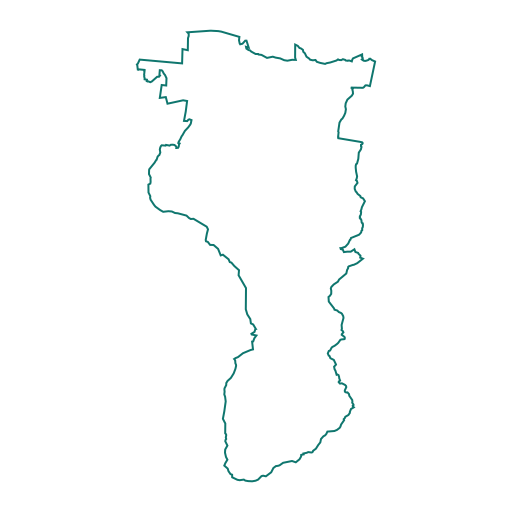 outline of Astileu, Bihor, Romania
{"feature_id": "2599482B38905853959599", "entity_name": "Astileu", "entity_type": "district", "adm_level": 2, "iso_a3": "ROU", "parent_name": "Romania", "parent_adm1": "Bihor", "projection": "equal_earth", "projection_center": [22.385, 46.984], "detail": "fine", "context": "isolated", "style": "outline", "palette": "teal", "viewbox_px": 512, "rotation_deg": 0, "n_neighbors": 0, "source": "geoboundaries", "source_scale": "gbopen_adm2", "svg_char_len": 5997}
<svg xmlns="http://www.w3.org/2000/svg" viewBox="0 0 512 512"><path d="M243.8,479.6L245.3,480.6L248.2,481.1L252.2,481.3L255.6,480.7L258.1,479.6L261.5,476.1L263.1,475.7L265.9,476.3L271.2,472.3L273.4,468.0L275.9,466.1L278.1,465.8L279.6,465.3L283.1,462.8L292.0,461.0L295.8,462.3L299.5,459.3L301.1,456.5L301.2,454.9L303.6,454.4L303.4,453.5L306.7,452.8L308.2,452.1L311.4,452.5L312.2,452.3L312.8,451.7L313.1,450.8L315.9,448.7L318.3,444.9L320.3,442.4L321.0,439.0L323.4,436.3L325.2,435.3L326.4,433.8L327.4,431.6L334.4,431.0L337.0,429.9L339.6,427.9L340.4,426.7L341.1,424.5L344.1,420.2L343.7,419.2L344.8,418.1L345.3,416.8L348.4,415.0L349.9,412.8L349.8,412.0L351.0,409.0L353.7,407.4L353.0,406.9L352.7,405.8L353.0,405.5L353.4,405.7L353.5,404.6L352.2,402.7L352.4,401.7L352.2,400.0L349.3,395.8L349.0,394.1L347.5,392.4L346.2,392.5L344.9,391.7L344.8,390.4L346.3,387.1L346.0,385.9L345.0,384.9L341.9,383.3L340.0,383.6L338.7,382.2L338.8,381.5L340.1,380.6L339.2,378.2L339.1,376.9L338.5,375.1L337.2,374.4L336.6,374.7L335.4,370.6L334.6,369.3L334.1,366.7L336.0,364.6L335.9,364.3L333.8,359.9L330.4,358.2L329.5,356.0L328.7,355.6L327.8,353.4L328.8,351.0L330.1,350.5L331.6,347.7L332.3,347.0L334.6,345.8L337.0,344.0L338.2,342.9L340.4,339.8L341.7,339.4L344.1,339.2L344.6,339.0L344.8,338.1L344.7,337.3L344.1,336.6L341.7,334.8L341.8,334.2L343.4,332.3L342.8,331.1L341.5,330.0L341.9,328.7L341.6,325.0L343.5,317.9L343.2,316.1L341.9,313.7L340.9,312.9L338.9,312.1L337.2,310.5L334.5,309.7L334.1,308.5L328.8,301.6L328.5,297.0L329.9,295.8L331.2,293.9L331.3,290.8L330.8,288.5L331.4,286.9L333.8,284.4L337.9,281.7L339.1,279.5L346.3,273.5L347.1,270.0L348.1,268.2L348.1,267.1L348.7,266.4L352.9,264.9L353.6,264.9L357.2,263.2L362.9,258.7L360.2,257.6L360.5,255.8L360.3,255.5L358.6,253.9L358.1,252.9L355.4,252.0L354.4,249.3L350.7,251.7L347.0,251.7L343.9,252.1L342.8,249.6L340.8,249.1L340.5,248.1L341.5,248.1L345.4,246.7L348.2,243.6L349.9,239.9L350.4,239.7L351.0,238.0L359.1,234.7L361.1,232.5L361.5,230.7L362.2,230.2L362.2,228.2L362.8,227.0L363.0,224.9L362.8,224.7L362.8,223.4L362.1,223.1L361.6,222.2L361.5,220.8L361.1,219.3L360.5,219.0L359.8,218.0L360.1,217.2L359.8,216.9L359.9,216.2L360.8,214.7L361.1,212.4L361.1,211.8L360.6,211.3L361.4,209.3L361.9,207.2L364.9,201.2L363.1,198.4L360.7,197.3L360.3,196.0L357.6,193.9L356.5,192.1L355.8,191.6L354.7,188.9L354.7,188.2L354.8,186.4L357.5,182.9L356.9,180.9L356.0,180.2L356.7,178.5L357.1,176.4L356.1,171.7L355.7,167.7L355.7,165.8L356.1,164.2L357.0,163.6L358.3,158.9L358.8,152.6L360.9,149.4L361.5,146.9L361.0,146.3L361.0,144.8L362.1,144.2L362.6,143.5L362.6,142.9L362.1,142.3L359.8,141.8L338.3,138.2L338.3,136.7L338.1,136.7L338.6,132.3L338.2,131.4L339.5,122.6L341.3,119.5L342.4,118.6L344.0,115.9L345.3,112.9L345.9,109.2L345.3,106.5L345.7,103.3L347.4,99.6L351.8,95.7L353.0,93.7L352.8,91.2L352.3,89.6L352.9,88.6L350.8,87.6L362.9,87.8L363.9,87.2L365.3,85.5L365.8,85.3L367.3,85.4L369.9,86.1L375.1,61.5L371.9,60.1L370.2,58.7L369.3,58.8L369.2,59.3L368.1,60.1L365.6,60.9L364.0,60.8L362.6,60.1L361.8,59.4L362.4,58.9L362.8,59.0L362.6,57.6L361.8,56.7L362.2,56.3L362.1,54.4L353.0,58.4L352.3,59.6L351.8,61.4L349.3,60.5L348.1,60.5L347.8,60.8L345.7,60.5L345.2,59.9L342.9,59.2L341.3,60.1L339.1,60.0L338.0,59.4L336.5,60.5L330.2,62.5L326.6,63.2L325.1,63.9L320.2,62.9L316.8,61.8L315.5,60.0L312.8,60.3L310.1,59.7L309.2,58.6L306.5,56.7L304.9,53.3L303.3,51.8L302.9,49.8L300.7,48.3L299.5,48.0L297.8,45.9L295.2,44.6L295.1,57.5L295.8,59.9L292.1,59.8L287.4,60.7L284.2,60.2L280.2,58.4L275.6,57.6L272.8,56.7L267.0,57.9L261.5,54.9L258.5,54.5L258.2,54.0L255.6,54.0L251.1,51.5L250.2,50.5L248.5,50.0L246.4,48.6L246.0,46.8L248.7,47.6L246.5,40.7L245.2,40.7L242.5,43.7L240.2,44.3L239.7,43.5L239.0,40.2L239.4,36.9L221.2,31.6L218.2,31.1L210.6,30.7L187.4,32.3L188.7,33.7L188.7,36.0L188.0,38.1L187.8,50.2L182.5,49.1L182.1,63.4L139.7,59.6L137.8,63.7L136.9,64.5L137.3,65.4L137.8,69.6L138.3,69.7L138.4,69.3L144.4,69.9L144.3,70.5L144.6,70.5L144.1,74.9L144.3,75.4L144.2,76.7L144.6,78.0L144.6,79.3L146.9,79.7L146.7,81.1L147.6,81.5L148.1,81.3L150.3,82.2L151.8,81.5L157.1,76.8L159.1,76.7L160.0,75.5L159.4,75.1L159.8,70.2L161.7,70.3L162.6,71.2L163.8,73.6L165.0,75.0L166.5,78.2L166.2,85.5L161.7,85.0L159.8,97.9L165.8,97.1L167.5,103.7L183.1,100.3L187.1,101.0L185.7,111.8L184.0,120.9L187.2,121.1L188.4,119.7L189.4,119.3L191.5,120.1L190.8,123.5L190.3,124.5L188.2,127.4L184.9,130.9L182.4,135.3L181.6,136.3L180.3,139.2L178.7,141.8L178.3,143.0L179.6,143.5L179.0,144.5L178.7,146.7L178.0,147.8L177.3,147.6L176.9,148.0L176.3,148.0L176.4,147.1L175.9,146.2L174.5,145.0L172.8,144.7L170.8,144.8L169.6,145.6L166.0,144.9L165.6,145.6L161.7,145.3L161.0,146.0L160.3,147.4L159.8,149.5L160.3,152.5L159.3,155.1L158.5,155.6L157.6,156.7L156.6,159.8L156.2,160.0L154.5,162.8L149.3,169.2L149.1,170.0L149.0,174.1L150.7,177.5L150.5,178.7L150.6,182.0L150.3,183.6L148.4,184.6L148.5,192.5L150.3,196.2L150.1,197.8L150.6,199.7L153.9,204.7L155.4,206.6L160.2,210.1L163.2,211.8L168.4,211.2L171.9,211.5L175.0,213.0L177.9,213.3L186.5,215.6L189.0,218.0L190.8,219.0L193.5,218.8L206.7,226.7L208.0,229.3L206.9,233.5L205.7,240.0L206.0,241.3L207.8,241.9L210.1,244.9L213.6,245.0L218.1,248.9L220.7,255.4L222.9,254.7L228.6,259.3L229.8,262.1L231.4,262.6L234.3,266.0L239.0,270.2L238.6,275.3L246.0,288.1L245.8,309.3L247.3,314.4L250.3,319.1L250.9,323.4L253.2,324.5L255.8,328.9L255.4,328.9L254.5,331.9L251.4,333.8L251.7,334.5L256.4,335.5L254.3,338.3L253.2,341.4L252.1,341.6L253.0,349.4L250.6,350.0L243.0,353.2L238.0,357.1L235.5,358.1L234.2,359.0L234.5,359.3L235.2,360.6L235.4,363.3L236.0,364.7L236.1,365.8L235.4,368.9L233.7,373.4L230.9,377.9L227.5,381.0L226.3,383.0L226.2,385.1L224.5,388.4L224.4,389.7L224.6,391.7L224.3,394.4L225.1,396.7L225.7,401.4L224.3,411.4L222.9,418.8L225.3,423.5L225.2,433.3L226.1,434.4L226.2,435.5L225.8,437.4L226.2,439.0L225.5,440.0L225.3,441.3L227.4,445.6L225.2,449.5L225.0,452.7L226.0,457.0L227.4,459.7L225.3,463.2L224.3,465.6L227.7,468.6L228.5,471.2L230.5,474.1L232.1,474.7L232.2,477.3L237.4,479.8L239.7,480.2L243.8,479.6Z" fill="none" stroke="#0f766e" stroke-width="2"/></svg>